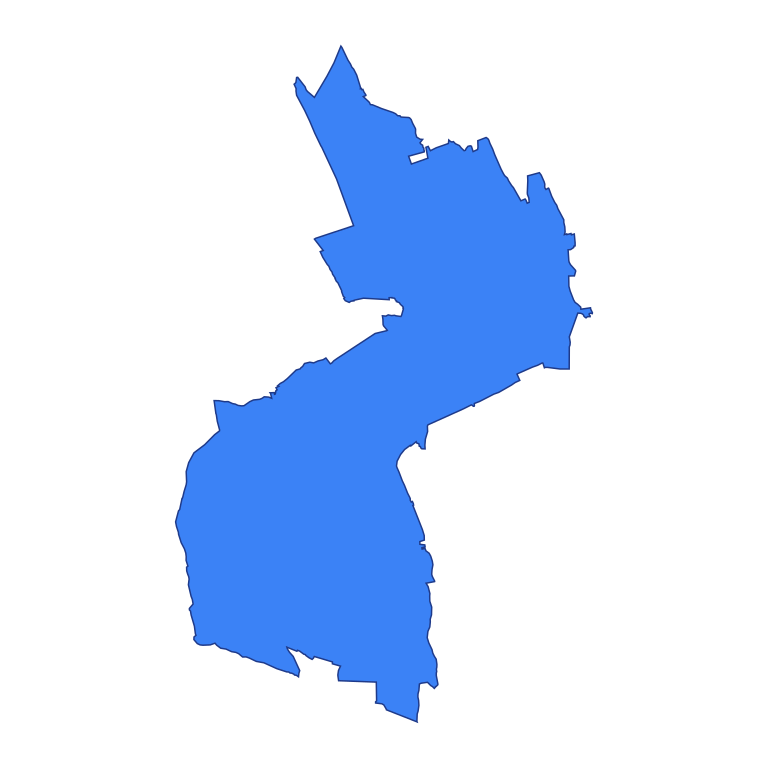 Ion Neculce, Iasi, Romania (Mercator projection)
{"feature_id": "2599482B15077063893597", "entity_name": "Ion Neculce", "entity_type": "district", "adm_level": 2, "iso_a3": "ROU", "parent_name": "Romania", "parent_adm1": "Iasi", "projection": "mercator", "projection_center": [27.043, 47.198], "detail": "fine", "context": "isolated", "style": "filled", "palette": "blue", "viewbox_px": 768, "rotation_deg": 0, "n_neighbors": 0, "source": "geoboundaries", "source_scale": "gbopen_adm2", "svg_char_len": 6088}
<svg xmlns="http://www.w3.org/2000/svg" viewBox="0 0 768 768"><path d="M362.9,89.4L361.9,89.7L361.3,88.4L360.4,88.7L360.5,87.6L360.1,86.1L356.7,75.1L353.7,69.2L351.8,67.1L350.5,64.1L348.0,60.2L342.0,47.6L340.9,46.1L334.0,62.8L327.0,76.1L314.4,97.4L307.5,91.5L306.1,89.7L305.1,86.8L297.7,77.3L296.6,77.5L295.9,82.4L295.2,83.3L294.1,84.2L296.1,88.6L296.0,91.1L296.6,95.3L304.7,110.5L309.7,121.1L314.8,133.2L320.9,145.9L321.8,147.3L336.5,178.9L353.6,225.7L315.6,238.3L314.4,239.1L323.2,250.5L320.2,251.6L322.8,257.3L327.2,264.4L328.9,266.3L330.1,269.5L332.0,272.0L332.6,274.2L335.3,278.2L335.0,278.5L336.3,281.2L337.9,282.8L341.7,290.8L341.6,291.6L343.3,296.3L344.7,297.6L343.8,298.6L345.3,300.7L349.2,302.4L351.0,301.2L353.6,300.9L353.4,300.6L355.1,300.0L363.5,298.2L389.2,299.7L389.1,297.7L391.9,297.6L391.9,297.9L394.3,298.2L394.8,298.5L395.3,299.8L396.8,301.2L396.5,301.6L399.4,302.7L400.5,304.5L402.8,306.5L403.2,307.5L402.9,308.1L403.4,308.8L401.6,315.2L400.9,316.5L395.9,315.8L394.5,315.3L391.4,315.6L388.2,314.9L385.9,316.1L382.4,315.8L382.9,319.1L383.1,324.7L383.7,326.0L387.3,330.3L386.7,330.7L375.1,333.5L337.8,358.0L333.8,360.8L331.7,363.1L330.3,363.8L325.9,358.0L323.1,359.7L317.9,361.0L313.7,362.9L309.8,362.2L304.5,363.5L302.6,366.5L301.1,367.6L300.1,368.9L296.2,370.0L287.2,378.7L283.5,381.7L280.3,383.4L277.6,385.8L278.7,386.4L276.0,387.7L277.1,389.8L275.9,390.7L275.3,394.0L274.5,394.3L274.3,392.6L270.1,392.8L270.6,393.5L271.7,398.3L268.7,397.1L264.2,396.8L262.1,398.3L259.7,399.3L253.4,400.0L249.9,401.6L244.0,405.7L241.7,405.9L238.0,405.4L235.3,404.1L232.6,403.6L228.2,401.6L224.5,401.7L218.9,400.7L214.1,400.6L215.9,413.6L216.3,414.6L217.3,421.3L219.6,430.0L219.5,430.9L214.7,434.6L204.7,444.7L194.0,452.8L188.7,462.6L186.2,471.6L186.6,481.8L186.2,484.7L184.1,491.5L182.8,497.0L182.3,498.5L182.0,498.5L179.7,509.5L178.5,510.9L175.6,521.9L176.5,526.5L178.4,532.3L178.6,534.4L181.2,542.7L184.4,548.8L185.8,553.1L186.2,556.7L186.1,560.4L187.9,566.1L186.6,567.2L186.7,570.9L187.7,574.2L188.7,576.7L189.1,579.1L188.4,584.8L191.1,596.3L192.3,599.4L193.1,604.0L189.4,608.4L189.4,609.9L190.5,611.1L191.1,614.9L194.4,626.2L195.4,633.9L196.0,635.3L194.0,637.0L193.9,639.6L197.3,643.6L200.1,644.9L202.9,645.2L210.2,644.9L215.0,643.2L216.8,645.3L220.7,648.2L226.1,649.1L231.7,651.7L235.9,652.4L238.7,653.7L242.6,657.0L246.1,656.9L249.2,658.0L256.3,661.4L263.9,662.8L276.9,668.7L286.7,671.9L288.8,672.0L290.0,673.0L291.8,673.2L293.9,674.2L294.5,675.0L296.4,675.3L298.5,676.8L298.9,673.3L299.7,670.6L293.2,656.4L289.5,652.3L287.5,649.1L286.9,647.2L296.8,651.2L297.4,650.9L297.5,650.3L299.5,651.0L303.8,654.2L305.4,654.6L305.9,655.5L308.9,657.7L312.1,659.4L313.4,658.2L314.3,656.5L332.4,661.9L332.4,663.8L340.5,666.1L338.5,670.4L337.9,674.5L337.9,675.8L338.6,680.7L376.3,682.1L376.6,700.9L375.6,701.8L375.6,703.0L381.9,703.8L383.8,704.9L386.2,709.0L386.4,709.8L417.1,721.9L416.9,721.3L417.2,714.0L418.1,711.0L418.9,705.3L418.6,700.4L417.9,697.0L418.0,693.9L418.9,690.3L419.4,684.0L421.2,683.2L427.5,682.3L430.8,685.6L432.5,686.6L434.3,688.4L435.3,687.3L435.4,686.6L436.0,686.6L437.8,684.8L437.9,684.1L436.3,675.6L436.3,672.8L436.7,671.8L436.4,669.1L436.8,667.2L436.9,664.4L436.2,659.2L434.3,656.2L432.8,653.1L432.0,649.6L428.8,642.9L427.2,637.7L427.9,631.4L429.8,627.0L430.3,621.9L430.2,619.3L431.5,614.9L431.7,607.1L429.8,601.2L429.7,596.0L429.9,593.6L428.1,586.6L426.1,583.2L434.6,581.6L434.7,581.2L432.3,576.4L431.7,574.3L432.0,569.7L432.9,564.8L432.3,561.1L430.7,556.1L429.1,553.2L426.0,550.9L425.0,548.4L422.1,549.1L421.8,547.8L425.1,546.8L424.8,544.9L419.9,544.3L419.8,541.6L424.3,540.1L424.2,535.5L422.4,529.6L412.9,505.5L413.6,505.2L413.3,503.5L412.4,501.5L411.3,502.1L410.2,500.1L410.3,498.9L409.8,497.5L407.6,493.2L404.5,485.4L402.3,480.8L399.0,472.1L397.0,467.6L396.5,466.0L397.1,461.2L400.5,454.6L404.6,449.5L410.3,445.3L410.8,446.0L416.2,441.7L416.7,443.0L418.9,443.8L419.3,446.3L420.3,446.5L421.1,448.3L421.8,448.8L425.1,448.9L424.9,445.1L425.4,439.1L427.6,431.6L427.4,426.0L428.0,424.8L463.5,408.8L471.1,405.0L471.6,404.9L473.4,406.3L474.2,406.2L474.4,405.7L474.3,403.5L479.5,401.5L493.9,394.1L498.7,392.4L511.6,385.0L515.2,382.5L519.8,380.4L517.0,374.1L517.6,373.7L532.5,367.1L537.6,365.3L542.2,363.0L542.9,363.1L544.4,367.8L545.3,367.4L547.5,367.4L560.1,369.0L569.2,369.0L569.3,346.9L570.0,345.0L570.2,342.2L569.3,336.9L577.8,313.1L580.8,313.3L582.5,314.0L583.5,315.0L584.0,316.3L585.6,317.7L586.2,317.8L587.5,316.6L590.1,316.7L590.2,316.0L589.2,314.7L589.1,313.9L590.2,313.2L592.3,313.6L592.4,312.6L590.7,309.2L590.5,307.8L580.9,309.2L580.7,307.1L577.6,304.2L575.1,302.4L573.6,299.9L570.2,291.1L568.9,286.3L568.7,276.0L574.4,275.9L575.7,271.2L575.5,270.3L570.5,264.7L569.2,262.3L568.8,260.6L568.1,249.8L570.6,249.6L573.7,247.5L573.9,246.2L575.1,245.9L575.1,242.7L574.3,234.0L571.4,234.8L571.0,233.5L566.9,234.6L566.7,233.9L564.4,234.6L565.1,231.9L564.8,226.8L563.8,222.5L563.8,219.8L557.9,208.7L556.7,205.2L554.8,202.5L551.7,196.3L548.8,188.4L548.3,188.1L546.0,189.5L544.9,187.9L544.7,186.9L544.8,184.1L544.1,181.7L541.2,175.1L539.4,172.7L527.6,175.9L527.8,180.7L527.3,192.8L527.4,194.3L528.8,198.0L529.2,202.3L527.2,203.2L526.0,200.2L525.1,199.0L520.9,200.8L513.4,187.6L511.6,185.5L508.6,180.8L507.4,178.1L504.6,175.6L503.4,173.6L501.0,169.0L494.7,154.6L492.7,149.1L489.9,143.3L488.8,140.1L487.8,138.6L486.1,137.5L477.8,140.7L478.0,147.3L477.6,149.5L473.1,151.6L471.4,146.2L470.2,145.8L468.0,146.3L466.1,148.6L465.4,150.3L464.1,150.7L461.2,147.9L459.4,145.6L455.4,143.7L453.4,141.6L452.0,142.0L450.5,141.5L448.8,140.0L448.4,143.5L436.2,147.8L430.4,150.7L428.2,146.4L425.9,147.3L427.9,158.2L411.4,164.0L408.6,156.2L424.2,151.9L424.3,150.9L423.9,149.8L423.8,148.1L423.0,147.2L422.6,145.2L420.7,143.9L420.0,142.8L422.6,139.4L420.1,139.2L416.7,137.1L415.5,133.2L415.6,129.6L415.4,128.5L412.7,123.4L411.1,119.5L409.6,117.9L408.5,117.5L401.5,117.1L400.7,116.8L400.0,115.8L397.7,115.7L395.7,113.8L393.1,112.5L381.7,108.6L372.5,104.8L370.4,104.6L369.3,102.3L363.3,96.6L365.9,95.5L365.9,95.0L363.9,91.9L362.9,89.4Z" fill="#3b82f6" stroke="#1e3a8a" stroke-width="1.5"/></svg>